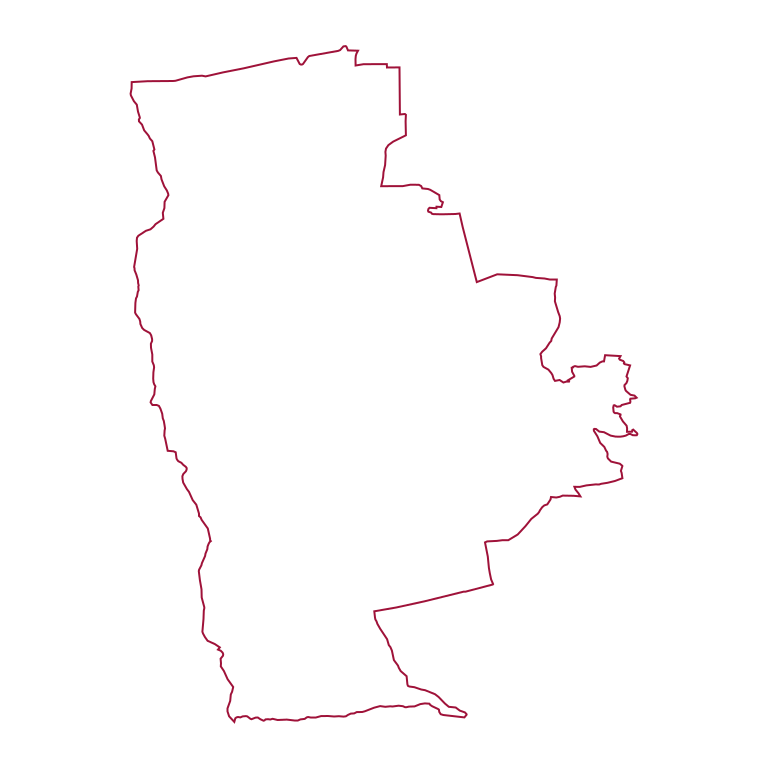 Corbita, Vrancea, Romania
{"feature_id": "2599482B59381680661249", "entity_name": "Corbita", "entity_type": "district", "adm_level": 2, "iso_a3": "ROU", "parent_name": "Romania", "parent_adm1": "Vrancea", "projection": "equal_earth", "projection_center": [27.314, 46.152], "detail": "fine", "context": "isolated", "style": "outline", "palette": "rose", "viewbox_px": 768, "rotation_deg": 0, "n_neighbors": 0, "source": "geoboundaries", "source_scale": "gbopen_adm2", "svg_char_len": 6090}
<svg xmlns="http://www.w3.org/2000/svg" viewBox="0 0 768 768"><path d="M234.3,721.9L235.3,718.3L236.5,717.4L238.0,717.0L240.4,717.4L242.6,716.4L245.9,716.1L247.3,716.4L250.4,718.8L251.5,719.2L255.6,717.6L257.8,717.5L260.3,719.2L263.5,720.7L264.5,720.4L265.5,719.4L268.0,719.2L270.3,719.5L272.6,718.8L277.6,720.0L286.8,719.6L294.5,720.5L297.9,720.5L300.4,719.4L304.7,718.9L306.7,717.4L308.1,717.0L310.6,717.5L315.9,717.5L321.0,716.1L328.0,716.0L334.1,716.5L338.9,716.2L343.5,716.6L345.9,716.3L348.0,714.9L350.8,713.6L354.2,713.4L356.7,712.1L362.2,712.0L364.8,711.3L374.1,707.7L380.1,706.1L385.3,706.8L390.3,706.3L392.5,706.5L398.6,705.7L402.9,706.2L405.1,707.2L406.4,707.2L409.0,706.6L414.6,706.4L420.3,704.1L424.9,703.4L429.4,703.7L430.2,704.9L432.1,706.2L438.0,709.0L438.9,709.6L439.3,712.0L440.7,714.2L443.3,715.0L464.4,717.4L466.6,714.7L466.5,714.1L464.9,712.4L459.8,710.6L455.7,707.5L448.8,706.8L445.0,703.6L438.5,696.9L435.0,694.2L425.1,690.2L421.2,689.5L414.4,687.2L409.3,686.5L407.9,685.8L407.4,684.3L406.6,676.2L400.7,671.1L398.8,667.8L398.0,665.6L393.9,660.1L391.9,650.6L390.4,647.1L388.8,645.1L387.1,639.2L380.2,628.8L377.4,623.9L376.5,621.3L375.4,619.5L375.0,617.6L374.3,611.3L396.2,607.5L424.6,601.3L463.5,591.7L465.4,591.7L492.8,584.5L493.1,584.1L491.1,579.4L489.8,573.2L488.9,567.9L487.8,556.6L485.0,542.4L487.2,541.4L496.9,540.9L502.4,540.2L508.3,540.2L517.7,534.5L525.5,526.1L531.3,518.9L537.8,513.7L539.2,511.9L539.9,510.4L542.2,507.2L544.3,505.4L547.3,504.4L550.5,499.5L551.0,497.0L556.3,497.5L559.8,496.8L562.7,495.6L573.6,495.8L580.4,496.4L578.5,493.3L575.5,489.6L574.4,486.8L579.7,486.9L586.4,485.4L595.6,484.4L599.1,484.5L601.2,483.8L607.5,482.8L614.9,481.0L622.4,478.2L621.6,472.8L620.9,470.9L622.4,466.0L622.2,465.7L619.8,463.7L611.1,461.6L607.9,458.4L607.3,456.7L607.6,454.0L607.1,451.9L606.1,450.7L604.3,446.9L600.2,442.9L597.4,436.3L593.9,430.8L593.8,429.3L594.3,428.9L596.0,429.0L599.3,431.6L604.0,432.2L610.6,435.6L615.6,436.6L620.1,436.7L623.1,436.3L625.8,435.6L628.8,434.0L630.4,434.0L632.8,435.2L635.8,435.3L636.8,435.2L637.4,434.0L636.9,433.0L633.2,429.6L632.3,430.1L632.0,431.7L627.0,431.8L627.1,428.3L626.6,425.7L622.9,421.4L620.0,416.5L619.9,416.1L620.6,414.9L620.5,414.4L617.1,413.1L615.0,413.1L614.1,412.5L613.6,411.7L613.2,407.5L613.7,405.4L614.6,405.2L617.0,406.7L620.5,406.3L621.7,405.0L630.1,402.8L630.4,401.8L630.1,399.3L630.4,398.7L635.2,398.3L636.6,397.7L634.5,395.6L630.5,394.8L626.1,391.0L625.4,389.9L624.4,386.3L624.5,385.1L626.4,383.1L627.3,381.0L627.8,378.2L626.5,376.5L630.1,365.4L624.5,364.1L623.9,363.4L624.3,362.4L623.2,361.0L619.8,359.7L619.1,358.6L620.5,356.1L605.1,355.2L604.0,361.4L602.4,361.4L599.8,362.6L596.6,365.5L590.6,366.9L584.7,366.3L578.0,366.8L575.0,366.1L573.1,366.8L573.0,367.4L571.7,367.7L572.1,371.8L574.3,375.8L574.3,376.5L567.8,380.4L568.2,381.0L569.1,381.3L569.0,381.6L566.4,381.6L563.4,382.5L559.6,380.0L555.0,380.9L553.6,378.8L552.5,375.1L551.3,373.1L548.4,369.6L543.5,366.9L542.3,365.2L541.1,358.1L541.1,356.3L540.4,354.1L542.2,351.7L546.0,348.3L549.6,342.7L551.2,341.0L551.7,338.5L558.5,327.2L559.7,322.4L560.1,318.6L559.7,316.1L558.2,312.2L554.9,301.3L555.1,297.5L554.7,293.6L555.8,286.9L556.4,285.6L556.8,279.5L549.7,279.5L544.5,278.5L535.9,277.9L532.7,277.1L517.6,275.2L497.2,274.3L476.8,282.1L462.7,227.1L459.6,213.5L455.4,214.0L441.6,214.3L433.3,214.1L432.0,213.8L431.1,212.6L428.4,211.7L428.0,210.7L428.4,209.0L429.5,207.8L436.4,208.2L436.5,206.7L441.3,207.0L442.9,202.2L440.9,201.2L439.7,199.5L439.3,195.1L430.2,189.8L428.0,189.0L422.3,188.4L421.2,186.1L418.9,184.8L410.5,184.7L402.9,186.1L381.2,186.2L383.1,177.3L383.5,172.1L385.1,165.1L385.7,155.6L385.4,151.9L386.0,148.6L388.4,145.1L393.2,141.6L405.9,135.3L405.6,121.3L405.9,114.8L404.9,114.0L399.9,114.5L399.5,67.4L387.0,67.5L386.8,64.1L363.5,64.2L355.6,65.5L355.5,59.1L355.8,55.8L356.5,53.5L358.0,50.7L348.0,50.4L346.4,46.7L345.7,46.1L343.4,46.4L340.1,50.1L338.1,50.9L309.3,56.0L307.9,57.1L303.0,64.0L302.1,64.5L301.0,64.6L299.7,64.0L296.5,57.9L288.6,58.5L273.9,61.4L243.8,68.3L223.0,72.4L205.6,76.4L202.0,75.7L193.5,76.3L187.4,77.4L175.4,80.8L172.9,81.0L147.6,81.2L131.7,82.1L131.6,88.4L130.6,93.7L130.9,95.4L133.9,101.2L136.8,104.7L138.0,111.6L139.8,117.4L139.8,118.1L138.9,119.4L139.0,121.4L142.0,124.6L144.2,130.4L147.5,134.3L148.7,135.9L149.9,138.5L152.3,141.2L154.4,149.5L153.4,150.9L155.0,157.4L156.7,170.4L157.9,172.5L160.9,176.0L161.5,179.3L164.2,186.3L166.8,190.4L168.1,193.5L168.4,195.2L164.6,201.8L164.4,208.1L162.8,212.8L163.4,218.8L155.5,224.2L153.6,226.6L150.5,229.3L145.9,230.8L138.4,235.7L137.0,237.7L136.7,241.0L137.2,248.8L134.1,267.0L134.5,268.1L134.6,270.3L136.3,274.5L138.0,280.3L138.1,283.0L138.7,285.4L138.3,286.6L138.6,290.2L137.8,291.9L137.0,296.5L136.0,298.4L135.4,302.9L135.1,312.6L135.9,314.2L139.4,318.9L140.2,321.5L140.4,324.0L142.2,328.0L144.1,329.9L149.9,333.1L151.2,335.4L152.1,339.1L152.1,341.0L150.9,343.7L151.0,347.7L152.3,354.5L152.3,361.5L153.8,365.2L154.1,367.3L153.4,372.3L153.2,378.7L153.5,382.2L154.2,384.3L155.4,386.3L154.8,389.0L154.3,394.4L150.9,401.0L150.6,402.4L152.4,405.0L156.7,405.0L158.9,405.9L160.4,408.6L162.2,413.7L162.8,418.4L163.8,420.9L164.5,425.0L165.0,428.4L164.6,430.5L164.3,435.7L165.2,438.8L167.7,450.8L173.5,451.3L175.7,452.3L176.5,458.4L177.0,459.5L178.3,461.2L181.4,462.8L183.2,464.8L185.8,466.8L186.7,468.1L186.6,469.6L185.9,471.3L183.3,474.0L182.4,476.2L182.5,478.9L183.2,482.6L186.9,489.1L189.0,491.9L192.7,500.1L196.3,504.7L199.0,513.6L199.0,516.0L200.6,517.4L201.6,519.8L207.8,528.5L210.1,538.8L210.1,540.3L210.8,541.1L209.4,542.3L208.5,544.1L207.6,546.4L207.3,549.2L205.5,553.6L205.1,556.0L201.9,563.2L201.4,565.3L199.1,569.7L198.8,571.1L199.9,580.1L201.5,589.3L201.7,597.5L204.3,607.2L204.3,608.3L203.8,610.6L203.5,619.0L202.4,631.7L203.0,633.5L204.9,637.0L207.6,640.8L214.9,644.1L219.8,647.4L218.0,649.6L220.7,650.7L222.6,652.6L222.9,653.4L223.2,654.2L223.0,655.7L220.6,658.7L221.0,663.3L220.8,666.4L223.9,671.0L227.6,679.2L233.2,687.0L232.1,691.7L230.8,694.5L230.2,700.9L227.5,708.4L227.5,711.4L229.1,716.3L234.3,721.9Z" fill="none" stroke="#9f1239" stroke-width="2"/></svg>